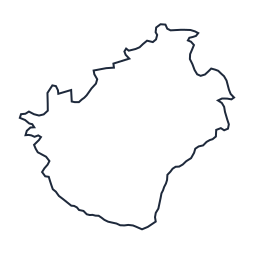 the district of Horizontina, Rio Grande do Sul, Brazil, rotated 357°
{"feature_id": "56859067B7037292151986", "entity_name": "Horizontina", "entity_type": "district", "adm_level": 2, "iso_a3": "BRA", "parent_name": "Brazil", "parent_adm1": "Rio Grande do Sul", "projection": "albers", "projection_center": [-54.298, -27.589], "detail": "fine", "context": "isolated", "style": "outline", "palette": "slate", "viewbox_px": 256, "rotation_deg": 357, "n_neighbors": 0, "source": "geoboundaries", "source_scale": "gbopen_adm2", "svg_char_len": 2114}
<svg xmlns="http://www.w3.org/2000/svg" viewBox="0 0 256 256"><g transform="rotate(357 128 128)"><path d="M170.8,26.7L165.9,26.1L161.4,29.1L160.6,33.8L162.0,36.6L160.6,41.0L157.3,43.5L151.6,41.8L147.4,44.9L143.8,48.0L139.7,49.5L136.1,50.2L132.8,50.8L130.3,48.6L128.4,51.4L129.5,54.8L132.9,58.8L116.8,62.9L117.1,67.0L109.4,67.1L96.7,68.8L97.2,72.6L99.8,77.7L98.3,82.0L93.6,86.6L91.5,89.3L88.4,93.2L85.9,95.5L83.4,97.1L80.3,99.6L76.2,99.4L73.2,98.6L73.2,87.1L60.2,90.2L60.0,86.6L58.2,82.4L54.7,81.5L49.4,88.8L49.1,99.5L48.8,106.5L44.5,110.0L39.8,110.9L34.8,109.3L29.9,106.4L26.3,108.4L21.9,108.6L20.5,112.2L25.6,114.6L29.6,118.3L32.6,119.2L34.4,122.4L30.6,122.4L26.8,125.5L25.3,129.8L28.3,129.7L31.1,130.3L34.2,131.9L38.0,130.7L40.6,132.5L38.4,135.4L33.3,139.9L34.7,143.8L36.6,147.5L44.7,152.4L47.8,156.9L45.8,160.4L42.4,163.9L39.9,167.5L42.8,171.9L46.3,172.6L47.4,177.0L48.5,181.1L49.7,185.2L52.6,187.8L55.4,192.2L59.3,195.5L63.7,199.4L67.3,202.6L70.1,203.0L72.8,204.6L74.8,207.3L79.2,208.5L82.3,212.0L85.2,212.9L88.0,212.9L90.9,213.8L94.1,214.1L96.9,216.2L99.6,218.5L103.2,220.5L107.1,221.6L111.5,222.8L115.1,224.7L119.3,225.1L123.2,224.8L127.9,225.6L130.7,226.9L133.7,228.4L136.7,229.9L142.6,227.8L150.8,222.9L150.3,218.5L151.3,214.2L154.1,210.1L155.8,203.7L156.9,199.6L158.0,195.0L159.7,192.1L161.0,188.8L163.0,185.4L164.3,181.9L164.9,176.8L168.1,173.8L170.4,171.0L173.5,169.2L177.1,169.2L180.8,167.3L184.4,164.2L189.4,161.4L192.7,156.2L194.1,152.2L197.6,150.1L202.1,149.3L205.7,146.0L209.1,144.3L211.9,143.6L215.3,141.1L216.0,134.5L220.7,133.0L223.9,135.3L227.8,133.9L228.9,129.6L227.5,124.5L226.7,121.1L225.7,117.0L225.1,111.9L223.0,107.9L219.3,105.2L223.4,103.5L228.4,103.8L232.8,104.8L235.5,103.1L232.3,99.4L230.8,95.0L228.9,85.8L226.6,81.3L224.0,78.7L221.1,75.6L218.1,74.3L214.2,73.0L211.2,75.7L207.7,78.6L203.3,79.7L199.9,78.0L197.5,73.5L195.7,67.7L193.4,62.4L193.9,57.5L196.1,53.0L198.2,48.6L195.4,45.1L192.4,43.7L194.0,41.1L197.4,40.5L200.7,39.6L203.1,36.9L199.9,35.0L195.5,33.4L189.5,32.9L185.9,32.7L181.3,32.7L175.6,32.7L172.4,30.9L170.8,26.7Z" fill="none" stroke="#1e293b" stroke-width="2"/></g></svg>